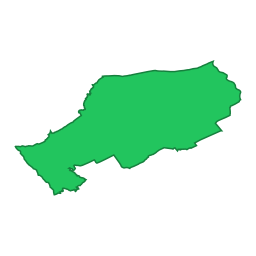 outline of Rediu, Neamt, Romania
{"feature_id": "2599482B4557605097369", "entity_name": "Rediu", "entity_type": "district", "adm_level": 2, "iso_a3": "ROU", "parent_name": "Romania", "parent_adm1": "Neamt", "projection": "robinson", "projection_center": [26.525, 46.746], "detail": "fine", "context": "isolated", "style": "filled", "palette": "green", "viewbox_px": 256, "rotation_deg": 0, "n_neighbors": 0, "source": "geoboundaries", "source_scale": "gbopen_adm2", "svg_char_len": 5506}
<svg xmlns="http://www.w3.org/2000/svg" viewBox="0 0 256 256"><path d="M220.7,130.8L221.7,130.8L216.3,124.3L215.4,123.3L215.5,123.1L216.9,121.5L218.5,120.5L226.1,117.2L230.0,115.3L230.0,114.3L230.2,113.7L230.2,111.4L229.8,107.6L230.4,107.1L230.5,106.2L231.2,105.8L231.9,105.6L235.0,104.1L239.1,101.7L239.7,100.2L240.6,99.7L239.9,98.1L239.7,96.1L240.0,94.0L240.6,92.6L240.6,91.8L240.1,90.9L239.3,90.2L237.0,89.2L235.9,88.2L235.5,87.3L235.4,85.9L235.1,84.9L233.8,82.9L232.7,82.2L231.3,81.6L229.8,81.2L228.0,80.4L227.3,79.9L226.7,79.4L226.4,78.7L226.4,78.0L226.5,77.6L227.0,77.1L227.1,75.5L226.9,75.0L223.0,72.7L220.1,72.1L219.2,71.6L218.3,70.7L218.0,69.9L216.6,67.8L213.9,66.2L213.2,65.2L212.7,64.0L212.9,62.1L213.2,61.3L208.6,63.1L207.2,63.9L202.4,65.9L201.3,66.6L198.5,67.6L197.5,68.2L193.2,68.7L189.2,69.7L187.1,69.9L183.8,70.5L179.4,70.9L174.6,71.6L170.2,71.6L163.6,71.1L162.1,71.2L157.9,71.0L155.2,70.5L153.9,70.6L147.9,71.6L132.4,74.7L129.9,75.4L129.8,75.2L127.0,75.8L124.1,76.1L122.8,76.4L122.2,76.4L119.2,75.8L114.3,75.6L109.6,75.9L104.9,76.0L102.4,76.3L102.4,76.8L102.9,77.2L100.1,78.9L98.8,79.9L98.6,80.2L98.5,80.6L98.1,80.9L97.3,82.1L97.0,82.9L96.1,83.0L95.2,83.6L94.8,84.0L93.5,85.1L92.7,84.7L92.4,84.8L92.9,85.5L92.9,85.8L93.4,86.0L93.5,86.6L93.5,87.2L93.4,87.4L93.2,87.7L92.6,87.8L92.1,88.7L91.8,88.8L91.7,88.5L91.4,88.6L91.2,89.4L90.9,89.6L90.7,89.9L90.5,90.5L90.3,91.1L89.7,91.2L89.9,92.1L90.3,92.8L90.6,93.0L89.8,93.3L89.8,93.5L90.2,93.8L90.4,94.2L90.2,94.8L89.5,94.9L89.4,94.4L88.3,94.0L87.5,93.9L87.2,94.2L87.8,94.6L87.4,95.3L87.7,96.0L87.2,96.5L87.1,97.0L86.7,97.4L86.9,97.6L86.4,97.9L85.9,98.3L86.1,98.4L86.2,99.1L85.7,99.2L85.8,99.6L85.6,99.8L84.7,100.8L84.7,101.1L84.5,101.3L84.6,101.5L84.3,102.1L84.1,102.3L84.2,102.9L83.9,103.2L83.7,103.8L83.7,104.6L83.7,105.3L84.2,105.5L84.1,106.2L84.4,106.8L84.3,107.2L85.2,108.6L85.2,109.3L84.7,109.2L84.2,109.3L84.0,109.7L83.3,109.9L83.4,110.2L83.2,110.3L81.4,109.9L81.1,109.9L81.0,110.1L80.6,110.1L80.0,110.3L79.8,110.7L79.4,110.4L79.1,110.7L78.7,111.2L78.6,111.8L78.7,112.1L78.7,112.4L79.1,112.9L79.8,112.7L81.0,114.9L81.3,115.6L80.8,115.8L75.3,119.8L73.5,121.3L73.0,122.1L72.6,122.4L71.9,122.5L70.6,123.1L68.0,124.7L65.6,126.6L64.9,126.8L63.6,127.6L62.2,128.8L60.4,129.6L60.1,129.9L59.8,130.0L58.7,130.7L58.3,130.8L58.0,131.0L57.3,131.5L56.9,131.4L55.4,132.2L55.1,132.2L54.9,132.4L54.4,132.4L53.9,133.1L52.4,133.1L52.0,133.3L50.5,131.0L50.3,132.3L50.1,132.5L49.7,133.7L48.6,134.3L48.2,134.7L48.7,135.0L49.0,135.6L48.9,136.9L47.9,137.6L47.2,138.7L46.7,138.9L46.7,139.2L46.5,139.5L45.6,139.8L45.2,140.1L45.0,141.4L44.0,141.8L43.9,142.0L39.0,144.1L37.2,143.7L35.6,144.4L33.2,145.8L32.3,146.1L30.4,145.9L28.5,145.8L27.1,146.3L26.2,146.3L25.4,146.7L23.4,146.1L22.2,145.9L20.5,146.7L18.4,146.4L16.7,146.5L15.9,146.3L15.4,146.6L16.3,148.2L17.9,149.9L18.6,150.4L19.9,150.8L20.4,151.3L20.6,152.0L20.4,153.3L22.3,155.4L22.9,155.9L23.5,156.5L24.0,157.6L24.2,159.0L26.0,161.2L27.4,163.3L28.3,164.1L28.7,164.7L29.8,165.4L32.6,167.6L33.4,168.7L34.8,169.1L36.6,170.1L36.8,170.9L37.9,173.5L38.1,174.8L38.3,175.2L39.8,175.3L41.6,176.6L42.1,177.1L42.6,178.0L43.2,178.8L43.5,179.3L44.5,180.1L45.3,181.3L46.3,182.2L48.1,182.5L48.5,182.7L49.4,184.2L50.0,186.0L50.2,187.2L50.5,187.5L51.4,188.0L52.0,188.8L52.9,189.4L53.6,190.4L53.6,192.0L54.1,194.3L54.2,194.7L54.7,194.7L56.6,194.0L56.9,193.7L57.2,193.7L57.5,193.3L58.4,193.1L60.5,193.3L60.7,193.1L60.5,192.2L60.0,191.9L61.6,191.3L62.1,191.3L62.5,191.5L63.2,191.0L63.1,190.5L62.5,190.2L62.8,190.0L62.8,189.8L62.6,189.6L62.9,189.0L62.6,188.6L62.6,188.4L63.4,188.2L63.7,188.5L64.4,188.3L65.3,188.7L66.0,188.7L66.9,189.2L67.4,189.2L68.4,189.7L69.2,190.4L70.4,190.6L70.6,190.8L72.1,190.2L72.4,190.3L73.1,190.2L74.1,189.5L74.7,190.2L75.1,190.2L75.5,189.9L76.0,190.1L75.2,191.0L75.2,191.3L75.4,191.5L75.8,191.3L76.2,190.5L76.6,190.1L76.4,190.0L76.6,189.8L76.6,189.4L76.8,189.3L77.1,189.4L77.3,189.2L77.6,189.2L77.8,188.9L78.3,189.1L78.5,189.0L77.9,188.6L78.4,188.2L78.2,187.9L76.9,187.7L76.4,187.2L76.7,187.1L78.5,185.6L79.2,185.4L80.0,185.6L80.5,185.2L80.7,184.8L81.0,184.4L81.4,184.3L82.7,182.6L83.7,182.2L84.0,182.0L84.4,181.4L85.0,181.1L85.2,180.4L86.0,179.7L85.6,179.5L85.2,179.7L85.0,179.4L84.7,179.4L84.9,179.0L83.6,178.1L83.0,178.0L82.5,177.8L81.4,177.7L80.9,177.4L79.8,177.2L79.3,176.1L78.9,175.9L77.9,175.6L77.5,175.9L77.1,175.9L76.8,175.0L76.2,174.8L76.0,174.3L75.1,173.6L74.8,172.9L74.4,172.8L74.0,172.3L71.8,171.2L71.3,170.7L70.6,170.6L70.1,170.6L69.7,170.2L70.2,169.5L70.5,168.8L68.9,168.3L69.7,167.8L70.8,168.5L72.3,168.9L72.5,169.5L72.4,169.8L72.6,169.9L73.5,170.3L74.3,169.9L75.3,168.5L75.2,168.2L74.4,167.1L74.2,166.3L73.9,165.7L74.0,165.5L74.3,165.2L75.0,165.1L76.6,165.4L78.2,165.4L79.3,165.7L80.4,165.8L81.2,165.6L82.6,165.2L88.4,162.7L94.3,159.9L94.5,160.0L95.9,162.4L96.9,163.1L99.9,161.9L105.3,159.3L113.8,155.0L119.7,163.2L121.2,165.8L121.3,166.4L122.0,167.1L123.5,167.8L124.3,167.9L125.1,167.7L126.8,167.5L128.1,167.7L129.8,168.4L130.2,167.8L131.1,167.3L133.8,166.3L138.5,164.1L139.1,163.6L139.9,163.2L143.1,161.9L144.4,160.8L145.2,159.7L146.3,159.1L147.1,158.0L148.4,157.1L148.2,156.3L148.3,156.1L149.3,155.5L151.3,155.0L152.0,154.6L153.1,154.4L155.5,152.9L156.3,152.3L156.5,152.0L159.2,150.0L163.5,148.0L163.9,147.7L172.4,148.8L173.0,149.1L174.0,148.2L174.9,147.9L177.5,150.9L178.1,149.5L179.5,149.7L179.1,149.3L185.9,149.1L186.9,149.6L188.9,148.3L190.7,147.8L190.9,148.2L191.0,148.2L196.5,145.6L194.6,143.0L200.5,139.8L220.7,130.8Z" fill="#22c55e" stroke="#15803d" stroke-width="1.5"/></svg>